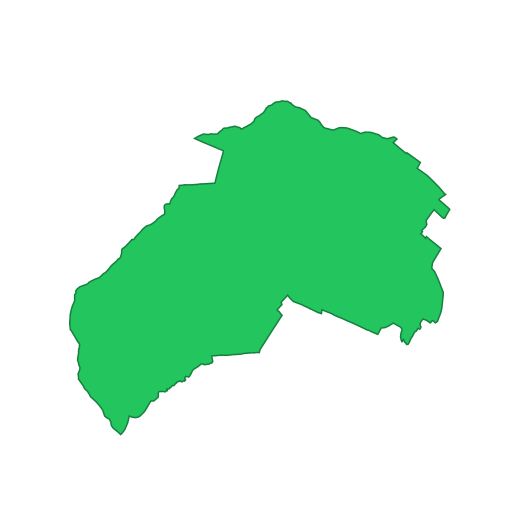 Cristesti, Botosani, Romania, rotated 78°
{"feature_id": "2599482B85753621682274", "entity_name": "Cristesti", "entity_type": "district", "adm_level": 2, "iso_a3": "ROU", "parent_name": "Romania", "parent_adm1": "Botosani", "projection": "robinson", "projection_center": [26.725, 47.605], "detail": "fine", "context": "isolated", "style": "filled", "palette": "green", "viewbox_px": 512, "rotation_deg": 78, "n_neighbors": 0, "source": "geoboundaries", "source_scale": "gbopen_adm2", "svg_char_len": 6100}
<svg xmlns="http://www.w3.org/2000/svg" viewBox="0 0 512 512"><g transform="rotate(78 256 256)"><path d="M255.0,440.1L256.3,441.5L262.1,442.7L266.6,445.9L268.3,446.9L270.8,448.2L275.0,450.0L277.2,450.5L281.8,451.9L283.7,452.3L289.6,452.9L290.0,452.4L303.8,447.8L304.5,447.2L305.6,446.8L307.2,447.5L308.5,447.6L309.9,448.6L312.6,449.5L314.7,449.9L317.9,451.3L321.0,452.2L322.7,451.9L325.8,451.9L328.3,451.4L329.1,451.5L331.0,452.3L334.4,454.6L337.4,454.7L338.6,455.1L339.6,455.2L347.4,451.8L348.9,451.6L350.5,451.0L353.4,449.0L356.6,447.8L359.1,447.2L365.4,442.7L369.7,440.3L374.8,438.0L381.1,437.3L383.3,435.5L385.2,433.2L388.3,432.6L391.9,432.7L394.8,431.4L398.8,428.1L402.5,425.5L401.0,423.2L398.2,420.2L392.5,416.2L386.2,413.2L387.9,410.6L389.0,407.7L389.1,406.8L389.0,404.8L388.9,404.1L388.3,402.5L385.5,398.1L384.0,396.4L376.1,389.1L376.5,385.9L374.0,381.4L373.7,381.1L372.2,380.5L369.4,380.0L368.7,379.3L368.5,378.7L368.7,377.5L369.0,376.7L369.0,375.6L370.0,373.1L369.4,372.1L369.3,370.7L368.9,370.6L368.1,370.9L367.7,370.9L367.4,370.6L367.9,369.1L367.8,368.2L366.9,367.6L366.7,366.4L365.5,365.2L365.4,364.8L365.7,363.2L364.1,361.3L364.1,360.9L363.7,360.3L363.0,359.7L362.9,358.9L362.5,358.2L362.8,357.1L362.4,356.7L362.5,356.3L363.8,354.5L363.0,352.9L363.1,352.5L363.5,352.2L363.2,351.4L362.8,350.9L361.9,350.5L361.4,351.3L360.4,351.1L360.0,350.9L359.7,350.5L359.6,350.2L359.3,349.9L359.2,349.3L359.8,348.7L359.8,347.8L360.4,347.2L359.9,346.1L357.3,343.7L354.9,342.0L353.4,339.7L353.4,339.0L353.1,338.5L352.1,335.6L350.4,332.3L350.2,331.3L350.5,331.0L350.7,330.4L351.3,329.7L351.7,328.6L351.8,325.0L352.0,324.2L351.6,323.4L351.5,323.0L351.4,322.0L351.5,321.5L350.2,320.2L344.7,320.2L344.6,318.9L345.1,316.7L345.4,313.3L346.3,308.3L347.1,305.2L347.7,298.7L348.0,297.4L348.8,291.5L348.9,288.2L348.8,287.6L349.8,280.6L349.8,279.4L350.3,278.6L350.6,275.1L351.2,272.8L348.5,271.6L332.5,255.9L319.4,242.8L318.3,243.6L315.2,244.9L314.4,245.6L313.9,246.3L313.0,246.5L308.9,240.7L306.4,241.0L300.9,233.1L303.7,231.9L305.9,230.6L308.4,228.8L312.8,221.8L315.1,218.9L318.2,214.7L318.7,214.1L318.9,214.2L319.6,212.9L324.5,206.8L324.6,206.3L326.0,204.0L322.3,202.7L325.2,198.4L327.8,194.4L330.1,191.8L332.3,188.8L333.6,186.7L334.2,186.0L334.1,185.9L338.9,179.5L341.1,176.2L349.5,165.1L351.5,162.7L351.8,161.6L352.3,161.0L355.0,157.5L358.0,153.2L353.3,149.2L352.4,148.3L352.8,145.7L352.8,144.3L352.5,142.9L351.8,140.0L350.8,137.5L350.4,136.1L350.1,135.8L355.6,129.4L356.4,129.0L358.4,128.4L361.8,130.3L365.0,131.4L368.1,131.5L369.9,131.2L370.2,131.1L370.2,130.8L368.2,129.6L368.1,129.2L368.7,128.9L371.3,128.5L372.1,127.8L373.6,127.2L374.0,126.8L374.0,125.6L371.9,123.7L369.0,121.7L366.9,119.5L364.7,117.8L363.5,116.5L362.8,115.6L362.8,114.8L362.3,114.2L360.4,112.8L360.5,112.3L361.5,111.4L361.6,111.0L361.4,110.7L360.3,109.7L359.6,109.4L358.2,109.9L355.6,109.3L353.7,107.5L352.5,105.8L352.4,105.3L353.0,104.8L354.1,102.9L357.7,99.5L357.7,99.3L356.1,97.3L355.9,96.9L356.4,96.0L358.7,94.5L358.2,93.1L357.6,92.0L350.2,87.3L347.9,86.1L345.6,85.1L333.4,81.1L330.4,80.4L316.3,82.7L308.2,84.6L305.5,86.2L304.8,86.5L304.0,86.4L301.8,85.8L301.7,85.5L300.3,85.2L298.7,84.2L287.2,73.5L277.2,81.6L272.4,85.3L273.0,85.9L273.1,86.2L273.9,86.5L270.6,88.6L268.7,90.2L267.8,88.9L267.2,88.6L266.9,88.1L265.7,88.8L263.7,85.7L263.0,84.3L260.7,82.4L257.6,82.3L256.4,82.0L247.7,72.3L257.4,65.5L257.5,65.0L258.1,64.7L257.9,62.9L257.0,62.5L256.4,62.0L250.7,56.8L250.2,57.0L246.0,60.1L239.0,65.4L238.7,65.3L238.0,64.2L236.5,60.8L235.3,57.7L234.1,58.7L226.8,62.7L219.5,67.3L212.7,71.9L203.8,80.1L198.7,75.8L186.5,86.8L187.1,87.5L184.5,89.8L173.8,98.2L171.6,95.1L171.2,94.0L170.9,93.8L168.9,95.5L168.4,96.2L168.2,97.1L168.6,102.9L167.7,105.1L166.2,108.1L163.7,110.0L162.6,111.3L159.3,117.3L158.6,119.0L157.5,123.8L158.0,127.8L157.6,128.6L154.8,132.1L150.2,139.5L149.5,140.9L148.3,145.0L147.9,147.4L147.9,148.3L148.7,152.9L148.8,153.7L148.7,154.6L148.4,155.4L145.1,162.1L144.3,163.0L142.6,164.1L138.5,165.7L136.5,166.8L135.8,167.5L132.3,172.9L131.7,173.5L124.9,176.9L124.1,177.4L123.3,178.3L119.8,182.9L119.0,185.2L118.4,186.3L117.8,187.0L115.3,189.3L113.6,190.1L113.8,190.4L111.3,192.9L111.1,193.4L110.7,195.3L110.1,197.3L109.8,197.9L109.7,198.6L109.9,200.2L109.9,202.1L109.5,204.7L109.6,205.1L110.1,205.9L110.2,206.9L111.4,208.8L111.7,210.3L111.8,212.4L112.1,213.0L112.9,213.9L113.2,215.0L115.2,216.6L117.4,219.0L118.5,221.7L119.5,223.5L119.9,225.4L120.8,227.6L122.0,229.0L123.1,229.5L124.2,230.3L124.7,231.8L125.7,233.0L126.8,237.0L127.5,238.5L127.7,240.4L128.9,243.7L128.9,243.8L127.3,245.0L126.7,245.7L126.4,246.9L125.0,248.9L124.8,249.7L124.6,250.6L124.7,251.7L124.6,252.3L124.8,253.1L124.6,254.0L124.6,255.4L124.9,257.1L124.3,260.7L124.6,261.6L125.7,263.0L127.0,266.0L128.2,267.6L128.6,268.6L128.2,271.0L127.1,275.2L127.3,277.3L125.8,281.9L126.1,283.7L126.8,287.1L127.5,289.4L128.3,291.6L133.9,283.9L142.4,271.6L143.2,270.6L145.5,267.0L146.2,266.2L147.9,266.6L161.5,273.8L169.9,278.0L176.2,281.0L174.5,292.7L174.1,294.6L173.7,298.1L173.9,298.6L174.0,299.3L173.8,299.7L173.5,299.8L172.9,304.8L171.5,311.3L171.4,313.7L171.0,316.4L173.7,317.3L174.1,317.8L174.2,318.4L174.7,319.2L177.8,322.0L179.5,322.9L181.9,325.4L182.0,326.0L182.4,326.5L183.9,327.7L186.9,329.4L187.0,330.0L186.6,331.5L186.6,333.4L186.7,334.0L187.7,335.1L188.4,335.5L189.5,335.7L194.1,336.0L195.9,336.7L196.5,337.7L196.7,338.8L197.6,341.1L199.0,344.1L199.6,345.0L200.1,346.0L200.8,346.4L202.9,351.1L203.6,353.4L203.7,355.7L203.9,356.8L204.9,358.9L206.2,361.3L208.6,364.2L210.7,367.6L212.8,370.4L213.6,371.0L214.3,372.0L214.4,372.7L214.1,373.6L214.1,374.1L214.5,374.1L215.1,375.4L216.7,377.5L218.2,379.8L219.2,381.1L220.4,383.3L220.8,384.6L221.2,385.3L221.6,385.7L222.7,386.3L223.7,386.4L225.8,387.1L228.4,388.5L229.5,389.3L230.1,390.4L230.3,391.6L231.7,393.0L234.8,398.6L236.1,400.5L237.4,401.8L240.3,405.7L241.1,407.2L241.4,408.6L244.6,413.7L245.2,418.2L246.4,423.0L247.0,424.8L248.2,426.4L248.6,428.2L249.0,431.3L249.5,434.7L249.7,435.2L251.4,438.3L252.5,439.2L252.7,439.6L254.3,439.7L255.0,440.1Z" fill="#22c55e" stroke="#15803d" stroke-width="1.5"/></g></svg>